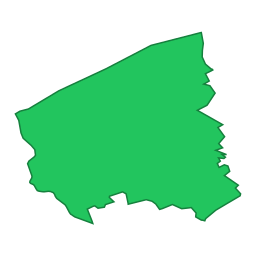 map outline of West Flanders (Robinson projection)
{"feature_id": "BEL-3479", "entity_name": "West Flanders", "entity_type": "Province", "adm_level": 1, "iso_a3": "BEL", "parent_name": "Belgium", "parent_adm1": "", "projection": "robinson", "projection_center": [3.055, 51.038], "detail": "fine", "context": "isolated", "style": "filled", "palette": "green", "viewbox_px": 256, "rotation_deg": 0, "n_neighbors": 0, "source": "natural_earth", "source_scale": "10m", "svg_char_len": 1368}
<svg xmlns="http://www.w3.org/2000/svg" viewBox="0 0 256 256"><path d="M44.1,191.8L42.3,191.7L39.0,191.2L37.3,190.6L36.2,189.0L34.2,185.4L33.2,184.5L30.5,183.3L29.8,182.4L30.0,181.1L31.8,177.9L32.0,176.1L27.6,163.7L28.9,161.1L34.1,157.0L35.5,155.3L34.8,149.6L31.2,145.4L23.2,138.3L21.0,132.9L18.8,120.4L15.4,113.9L19.9,111.2L28.4,109.0L59.0,90.7L105.8,68.9L151.0,45.4L201.2,32.5L201.3,32.5L203.3,43.4L202.4,50.4L202.2,57.0L205.4,64.1L210.9,68.8L212.5,69.4L212.8,70.0L205.4,73.7L209.2,81.0L203.8,84.1L209.9,85.7L215.1,93.1L207.1,105.2L197.3,110.3L222.7,124.7L217.9,127.5L224.6,136.7L218.7,143.6L222.6,147.8L215.7,150.3L226.5,154.6L222.0,154.5L225.4,157.2L223.9,158.5L218.5,157.9L220.3,161.1L217.3,163.5L219.1,167.4L224.3,164.8L227.9,166.0L229.7,171.3L224.4,175.6L238.3,185.2L235.4,188.1L240.6,193.8L240.1,195.8L226.0,204.1L215.9,210.1L205.7,218.6L204.8,220.8L202.6,220.2L201.3,220.1L195.7,216.9L196.1,213.0L191.3,207.6L181.7,208.7L172.4,204.5L162.3,208.6L159.6,209.4L155.8,204.0L152.0,201.2L146.2,199.7L128.2,204.2L128.1,203.3L126.1,193.8L122.6,191.9L109.5,196.2L109.3,197.4L113.9,201.8L105.4,204.6L104.4,207.2L98.0,208.2L94.8,205.9L93.3,206.2L87.3,209.1L91.9,220.8L92.8,223.5L74.8,216.9L70.6,214.1L69.4,212.4L66.4,206.7L65.1,204.8L56.7,198.4L55.3,196.3L54.6,194.4L53.4,192.7L50.5,191.5L48.3,191.3L44.1,191.8Z" fill="#22c55e" stroke="#15803d" stroke-width="1.5"/></svg>